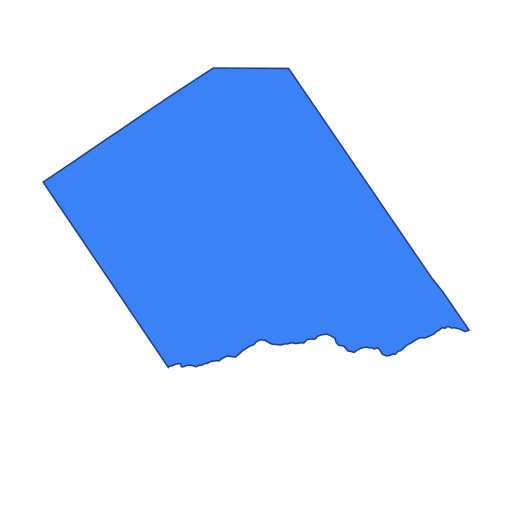 the district of Montezuma, Colorado, United States of America, rotated 56°
{"feature_id": "52423323B17337947288307", "entity_name": "Montezuma", "entity_type": "district", "adm_level": 2, "iso_a3": "USA", "parent_name": "United States of America", "parent_adm1": "Colorado", "projection": "mercator", "projection_center": [-108.315, 37.319], "detail": "fine", "context": "isolated", "style": "filled", "palette": "blue", "viewbox_px": 512, "rotation_deg": 56, "n_neighbors": 0, "source": "geoboundaries", "source_scale": "gbopen_adm2", "svg_char_len": 1667}
<svg xmlns="http://www.w3.org/2000/svg" viewBox="0 0 512 512"><g transform="rotate(56 256 256)"><path d="M75.7,391.1L104.7,391.2L106.2,391.2L218.3,391.0L218.5,391.0L246.5,391.0L299.2,391.0L298.9,390.5L299.1,389.0L299.9,387.4L300.6,384.4L301.5,381.2L303.1,378.8L304.7,379.3L306.0,379.8L306.9,378.8L307.7,376.4L308.2,374.2L310.8,370.3L314.3,367.7L314.6,364.9L316.3,361.7L316.4,358.9L317.6,356.9L318.0,354.4L318.2,352.2L319.5,349.9L320.6,347.3L322.3,345.3L322.0,342.4L322.3,339.3L322.8,335.9L328.3,329.6L327.7,324.6L327.0,320.0L327.2,311.8L328.3,307.3L327.3,303.9L327.9,299.3L330.8,295.8L333.6,294.5L337.7,292.3L340.0,289.6L342.5,286.5L343.6,285.3L345.0,281.2L346.7,278.7L347.7,275.1L350.4,272.6L352.0,269.7L353.0,267.4L354.9,265.1L353.9,261.0L355.1,257.5L357.6,254.1L357.8,251.9L356.8,250.3L357.8,246.3L360.2,241.1L363.5,238.9L368.1,236.5L372.6,237.9L376.4,237.4L379.6,233.6L386.1,232.9L388.6,230.4L390.9,228.5L390.5,225.3L391.0,221.4L391.8,218.4L393.4,215.2L395.3,213.8L397.2,210.9L399.3,210.0L399.8,207.3L402.0,205.8L404.7,206.0L407.7,206.2L409.8,205.0L411.8,203.7L413.2,200.7L413.7,197.8L415.3,195.1L414.4,191.6L415.3,189.1L415.2,186.7L414.6,182.7L414.2,179.9L414.8,176.6L414.9,174.0L414.9,170.1L415.5,165.7L418.3,161.9L419.2,158.5L419.7,155.0L420.1,151.9L419.6,149.5L419.8,145.3L419.6,143.0L419.7,141.2L420.9,140.4L421.8,139.2L421.3,137.1L422.8,135.4L425.0,134.3L426.3,131.8L430.1,128.2L435.5,125.0L436.6,120.8L390.3,121.2L372.3,122.6L118.7,124.1L76.3,186.3L75.5,232.8L75.4,285.5L75.6,285.8L75.6,302.0L75.5,305.8L75.5,316.1L75.7,343.6L75.7,344.7L75.7,350.2L75.8,354.4L75.8,359.3L75.7,360.1L75.7,391.1Z" fill="#3b82f6" stroke="#1e3a8a" stroke-width="1.5"/></g></svg>